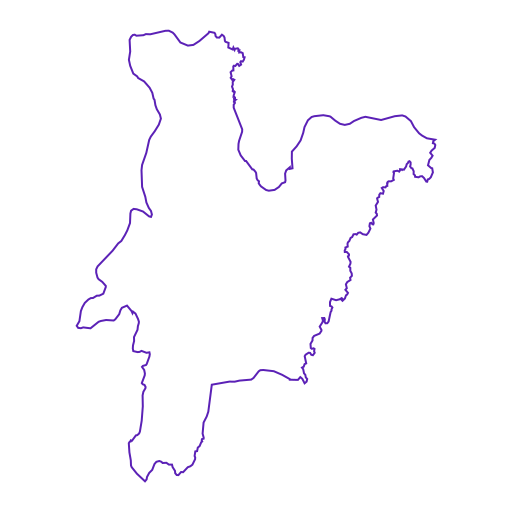 outline of Banwa, Banwa, Burkina Faso
{"feature_id": "67063806B90065327421296", "entity_name": "Banwa", "entity_type": "district", "adm_level": 2, "iso_a3": "BFA", "parent_name": "Burkina Faso", "parent_adm1": "Banwa", "projection": "equal_earth", "projection_center": [-4.034, 12.22], "detail": "fine", "context": "isolated", "style": "outline", "palette": "violet", "viewbox_px": 512, "rotation_deg": 0, "n_neighbors": 0, "source": "geoboundaries", "source_scale": "gbopen_adm2", "svg_char_len": 6018}
<svg xmlns="http://www.w3.org/2000/svg" viewBox="0 0 512 512"><path d="M435.1,139.7L426.9,138.3L422.1,135.6L419.1,133.3L414.1,127.2L410.9,121.1L405.5,116.5L402.2,115.4L394.8,116.2L381.1,120.0L365.4,116.8L361.4,117.8L354.0,121.0L349.8,123.8L344.8,124.9L340.0,123.8L335.2,120.6L330.4,116.6L329.1,116.2L323.3,115.2L314.3,116.2L311.6,117.0L307.9,120.3L304.5,127.1L303.2,132.9L300.6,140.4L296.6,146.4L291.9,151.6L291.8,158.7L292.5,168.3L289.8,168.9L289.8,167.3L286.2,170.4L285.1,173.6L285.5,180.6L285.1,182.2L281.8,183.4L278.9,187.0L274.6,189.9L268.8,190.7L266.1,190.0L261.0,186.4L259.5,184.5L258.7,183.2L259.0,181.3L257.7,180.3L256.7,178.5L256.1,173.0L255.4,171.7L253.5,169.5L252.3,169.4L246.1,161.0L245.0,161.0L240.7,155.4L238.3,149.7L238.5,143.9L239.1,140.8L242.1,131.8L242.2,129.3L233.7,107.7L233.7,104.7L234.9,103.0L234.8,102.2L233.9,101.9L233.9,101.2L235.7,99.8L234.1,99.4L234.0,98.8L235.0,98.3L235.0,97.6L234.3,96.8L233.5,96.8L233.7,95.3L234.8,92.0L234.4,91.6L234.1,92.2L232.7,91.2L233.0,89.2L232.0,86.6L232.8,84.6L232.7,82.0L234.3,79.8L233.0,79.1L232.1,79.7L230.7,77.8L231.6,76.3L230.6,72.2L232.3,70.5L233.4,70.4L233.3,66.4L233.9,65.7L235.3,66.0L237.2,63.8L237.9,63.9L239.2,65.9L241.1,64.6L240.3,62.2L241.0,61.2L242.7,61.6L243.9,59.7L244.6,57.3L243.3,57.1L242.7,53.1L241.1,52.3L239.2,52.5L239.4,50.4L238.4,50.7L238.4,48.9L237.8,48.3L235.0,48.8L234.6,49.9L233.4,47.5L232.7,49.5L228.3,47.5L228.6,42.9L225.5,41.8L224.9,40.9L224.5,37.5L223.6,35.9L221.9,34.7L219.3,37.6L216.8,37.5L215.5,35.9L215.4,34.3L214.5,32.8L209.2,31.7L208.5,33.2L199.4,41.0L193.4,44.9L187.9,45.6L180.4,42.5L174.4,34.3L172.7,32.6L168.8,30.7L165.4,30.8L150.2,34.3L145.9,34.1L143.4,35.2L136.4,35.7L134.7,34.7L132.9,35.0L131.1,36.8L129.6,39.9L130.2,51.5L128.9,59.8L130.2,65.8L133.3,73.6L137.2,76.4L138.1,78.0L144.1,81.4L149.6,87.7L152.3,92.8L153.6,98.6L154.5,99.8L155.4,105.2L156.8,109.2L159.9,114.5L160.9,118.6L158.8,124.7L154.7,131.3L150.8,136.6L149.2,139.9L146.3,152.9L142.1,164.9L141.5,170.2L142.1,186.9L145.3,196.8L146.4,202.5L148.8,207.9L151.0,211.0L151.9,214.5L151.0,216.9L149.1,216.4L143.0,211.5L136.8,209.3L133.6,208.9L131.1,210.7L130.4,213.5L130.0,223.1L127.3,230.4L124.9,235.1L121.3,241.0L118.2,243.4L112.6,250.7L97.6,266.4L96.2,269.3L96.2,272.7L97.5,277.6L98.6,279.2L102.3,281.9L105.8,285.9L105.8,287.0L103.3,293.7L99.4,295.6L96.8,295.7L93.0,298.0L90.8,298.1L88.4,299.5L84.8,302.9L82.4,307.1L80.9,311.0L79.4,321.2L76.7,325.8L78.2,327.9L80.9,328.2L83.2,327.4L90.5,328.3L98.6,321.8L100.8,321.0L106.1,320.0L113.7,320.5L115.3,319.3L119.2,314.2L120.4,310.3L121.9,307.8L127.0,305.6L131.5,311.0L132.5,313.2L133.1,311.7L135.5,313.6L138.0,318.9L138.9,321.7L138.8,323.1L137.9,326.2L137.5,329.8L134.0,337.1L134.1,341.0L133.0,345.4L132.8,348.5L133.3,351.1L137.6,352.1L139.6,351.9L141.5,350.9L146.5,352.8L149.4,352.3L149.8,354.2L149.4,356.6L146.7,364.0L146.0,365.0L142.9,365.9L142.0,366.9L144.2,370.0L144.9,373.5L144.7,375.4L141.8,383.1L142.8,384.3L144.5,384.9L145.6,387.0L145.4,388.3L143.4,391.7L142.6,395.4L142.8,406.4L141.7,420.7L139.9,431.6L139.1,433.5L137.3,435.1L135.9,435.4L132.0,440.7L130.9,440.4L130.8,441.4L129.8,441.6L128.8,443.2L129.4,452.3L130.8,460.4L131.0,465.5L131.7,467.2L136.9,473.7L145.0,481.3L146.6,479.4L147.0,477.0L149.2,472.9L152.2,469.9L154.5,464.0L156.4,461.8L159.3,461.0L161.4,461.8L162.6,463.0L166.4,462.8L168.9,464.6L172.0,464.6L172.6,467.1L175.0,470.9L175.2,473.2L176.7,475.0L178.4,475.1L181.1,472.0L183.1,472.2L187.8,467.2L190.3,466.3L192.4,464.7L195.1,459.2L195.2,457.4L194.6,456.0L195.3,451.4L197.1,451.1L197.8,447.6L199.6,446.1L201.3,442.1L202.2,441.5L201.7,440.2L202.0,439.1L203.6,438.7L203.7,437.7L202.6,433.6L203.6,422.5L206.7,416.5L208.3,411.7L211.8,384.7L229.5,381.6L234.6,381.7L239.5,380.6L251.2,379.6L253.5,378.0L258.7,371.3L260.3,370.2L263.3,370.0L273.8,371.2L282.1,374.8L289.8,379.1L289.8,379.7L297.9,379.9L300.3,377.1L302.3,378.8L304.6,383.3L306.6,381.6L307.2,379.0L305.8,377.4L305.3,374.8L304.0,373.3L303.2,369.2L302.0,367.6L303.7,366.7L304.6,364.1L306.2,363.4L304.7,356.2L305.6,354.7L308.7,352.7L310.1,352.9L311.3,354.8L312.9,355.2L314.7,352.8L314.1,351.2L314.5,348.9L313.6,348.3L311.8,348.8L310.8,348.0L310.5,343.9L312.5,340.5L312.6,337.9L314.1,335.9L319.6,333.6L321.4,330.9L321.5,330.0L319.7,326.6L322.5,322.2L322.9,320.3L322.2,318.1L324.3,318.0L324.8,319.2L324.6,321.8L325.5,323.3L327.3,323.2L328.6,321.5L330.6,312.1L331.5,310.7L331.5,309.4L332.4,307.5L331.5,306.4L330.1,306.0L330.0,305.1L330.0,302.1L331.4,298.7L336.1,300.2L339.6,299.3L341.7,298.1L342.2,298.6L341.6,299.9L342.5,300.8L344.9,298.5L346.0,295.3L347.1,294.6L348.0,292.9L345.4,289.8L346.8,288.2L345.9,284.3L347.3,282.0L350.5,280.0L350.1,277.7L351.9,275.8L351.7,273.4L350.3,270.8L350.3,267.8L349.0,266.7L350.4,263.7L350.6,261.9L348.0,256.9L347.9,256.3L348.9,255.7L349.0,254.3L346.7,251.9L344.8,252.0L344.7,250.5L345.5,248.9L345.4,247.5L347.7,246.6L347.5,243.8L347.9,242.4L349.3,241.0L350.6,237.9L352.2,237.0L353.5,234.3L355.7,234.1L356.7,234.6L358.2,232.8L360.2,232.4L362.8,234.2L366.5,234.9L368.4,232.7L370.4,228.6L369.4,226.2L369.9,223.3L371.2,222.8L372.5,224.3L373.3,224.4L373.7,223.1L372.9,219.5L377.0,215.5L376.8,213.8L375.7,212.6L376.5,209.7L375.7,205.5L378.0,201.9L377.1,198.5L377.4,197.9L379.2,197.0L379.3,194.7L380.4,193.2L383.0,193.7L383.7,191.0L381.8,188.0L383.1,187.2L385.5,187.4L386.2,186.2L387.3,185.9L387.1,183.4L387.5,183.4L387.7,181.9L388.6,181.3L391.2,181.3L393.8,179.9L393.2,178.4L394.0,173.0L393.4,172.1L393.6,171.4L397.4,170.7L399.2,171.6L400.1,170.2L400.0,169.2L401.1,169.2L402.1,170.0L402.8,169.4L403.9,169.7L406.1,166.5L406.7,164.2L408.0,162.9L408.5,161.6L409.5,161.2L410.6,162.4L410.6,164.6L410.1,166.5L411.4,168.2L412.4,168.4L413.7,171.3L413.6,174.1L415.0,175.4L415.1,176.8L418.6,177.3L420.1,176.4L422.1,176.2L424.0,178.0L426.3,181.6L427.2,181.7L427.8,179.4L429.1,179.0L430.8,177.3L432.9,172.4L432.2,168.3L431.1,168.0L428.0,165.3L429.4,159.9L431.3,157.9L432.6,155.7L430.2,152.8L431.6,150.6L434.7,147.9L435.3,145.0L434.4,143.6L432.9,143.2L433.3,141.2L435.1,139.7Z" fill="none" stroke="#5b21b6" stroke-width="2"/></svg>